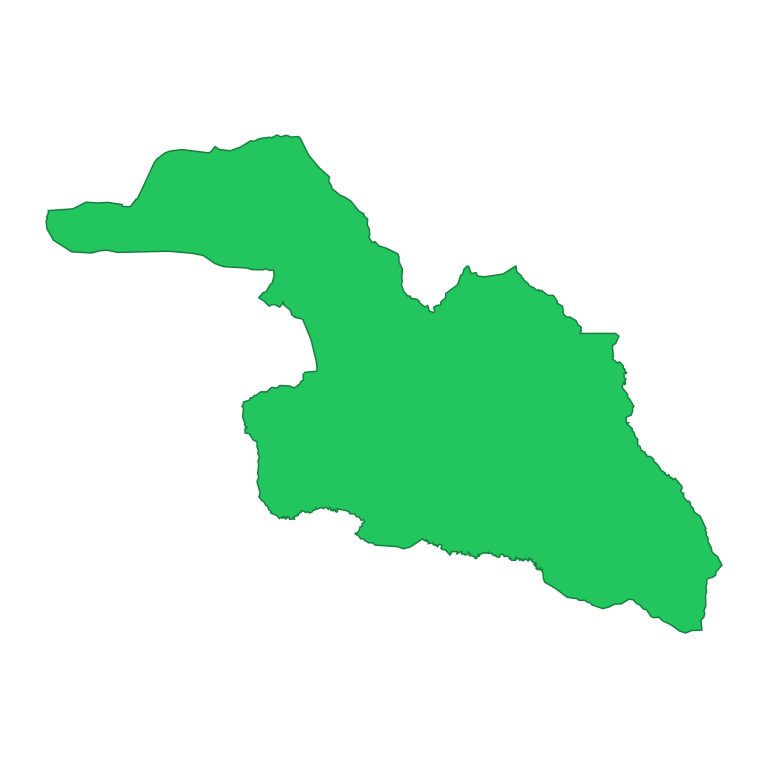 Kishapu, Shinyanga, United Republic of Tanzania (Mercator projection)
{"feature_id": "72390352B32869277898143", "entity_name": "Kishapu", "entity_type": "district", "adm_level": 2, "iso_a3": "TZA", "parent_name": "United Republic of Tanzania", "parent_adm1": "Shinyanga", "projection": "mercator", "projection_center": [33.788, -3.68], "detail": "fine", "context": "isolated", "style": "filled", "palette": "green", "viewbox_px": 768, "rotation_deg": 0, "n_neighbors": 0, "source": "geoboundaries", "source_scale": "gbopen_adm2", "svg_char_len": 6094}
<svg xmlns="http://www.w3.org/2000/svg" viewBox="0 0 768 768"><path d="M46.1,221.4L47.0,228.9L53.4,240.1L71.6,251.8L91.8,253.0L99.2,250.9L106.6,250.1L117.7,252.4L168.9,251.2L192.3,253.3L203.4,255.5L215.0,263.6L223.9,266.7L247.1,268.0L251.6,269.6L263.1,269.8L265.7,268.9L270.5,270.5L273.4,269.8L274.3,275.4L272.2,282.9L270.3,284.4L266.3,291.7L263.1,292.7L258.7,297.8L263.9,300.9L269.2,306.2L270.7,305.0L274.4,304.4L279.8,307.1L283.4,302.0L283.6,304.6L290.5,310.3L291.8,314.8L295.0,317.3L302.7,319.2L311.1,339.7L316.4,361.9L317.2,369.7L316.1,371.4L305.2,372.2L303.2,374.3L303.3,380.2L300.5,381.7L300.2,383.4L295.8,387.0L294.0,387.9L289.8,386.0L279.9,385.5L276.7,388.2L271.8,387.3L266.6,391.9L260.7,391.9L256.1,395.3L254.2,395.5L252.6,397.7L250.3,398.0L249.4,400.1L243.4,402.1L243.0,405.7L242.0,406.1L243.5,408.6L242.6,417.0L244.8,422.8L244.5,425.0L247.2,427.7L245.1,428.1L245.0,432.9L249.2,433.7L253.1,439.8L257.1,441.9L257.0,446.6L258.4,450.8L257.7,453.2L259.4,457.3L258.0,461.0L258.6,465.6L257.6,474.1L258.9,476.5L257.0,481.5L260.2,493.2L258.9,496.7L261.8,500.6L264.2,502.2L265.8,505.4L267.7,506.4L268.9,509.8L270.8,511.2L271.0,513.2L276.7,515.3L279.3,518.6L283.3,516.6L282.8,518.0L285.3,517.1L285.1,518.5L286.0,519.0L287.3,516.8L287.6,517.6L288.9,517.2L289.5,519.2L294.6,519.0L293.5,517.0L298.3,515.3L298.2,513.8L301.1,512.3L300.8,510.9L302.6,510.8L305.9,512.5L307.6,511.7L309.0,512.9L311.7,512.4L312.7,510.5L315.8,509.6L316.1,508.2L317.4,509.1L320.3,507.5L323.6,508.5L325.8,507.0L328.4,509.3L329.7,507.5L331.0,510.4L332.7,509.3L333.0,510.8L335.1,509.9L335.4,511.5L336.8,512.1L337.6,511.4L336.8,508.8L345.9,510.5L348.7,511.5L349.9,513.7L354.6,514.0L356.7,516.9L359.2,516.9L361.2,520.3L363.9,519.8L364.5,521.8L362.2,523.4L362.1,526.3L360.0,527.0L359.2,530.5L357.0,533.4L355.8,533.0L355.2,533.9L358.8,536.1L360.5,538.7L363.6,538.8L364.6,540.4L369.0,542.9L372.4,542.7L375.1,545.1L397.8,546.7L403.3,548.8L410.6,546.8L422.6,538.8L424.3,540.5L426.4,539.8L426.1,541.2L428.3,541.3L428.3,543.7L432.9,542.7L433.1,544.4L434.9,545.4L436.2,544.6L437.3,546.7L439.6,544.1L442.0,545.6L440.9,548.4L442.8,549.7L445.4,549.8L450.0,555.1L451.9,551.6L457.5,551.7L456.8,553.8L461.7,551.4L461.7,554.0L464.2,553.9L464.5,554.9L467.4,554.5L468.8,552.0L469.9,553.7L469.2,555.4L474.9,556.6L474.5,557.9L476.4,558.6L477.8,556.1L479.0,556.1L478.0,554.7L478.5,554.1L479.6,555.0L482.8,552.8L486.7,553.3L488.6,552.2L488.7,553.4L491.8,553.2L492.3,554.8L493.6,554.5L494.3,555.8L496.0,555.4L496.4,556.5L499.1,557.4L500.9,554.4L503.0,554.1L504.3,556.6L507.3,556.0L508.8,556.7L509.7,558.3L508.9,559.2L510.9,558.4L511.4,560.3L515.3,560.4L515.2,558.4L516.3,557.4L517.1,559.3L518.0,558.3L519.7,558.7L519.1,560.5L520.6,559.1L521.4,560.3L522.7,558.8L522.4,560.2L523.7,560.7L525.4,558.5L528.0,560.9L529.0,558.2L529.9,558.2L529.6,559.9L531.9,559.6L531.6,560.8L533.2,562.5L535.8,563.0L534.3,564.3L536.1,564.6L534.7,565.5L536.4,566.7L536.0,568.3L537.2,569.5L538.7,567.9L539.1,569.7L540.6,568.4L540.2,569.6L542.5,569.7L541.5,570.7L542.9,572.1L543.5,579.0L544.8,582.2L555.5,588.5L567.3,597.3L577.1,598.7L578.9,600.2L585.2,600.3L586.0,601.5L590.6,603.1L591.6,604.7L602.7,608.6L609.1,607.0L615.0,604.0L621.2,603.9L628.8,599.3L632.9,599.6L637.0,603.8L640.3,605.3L643.3,609.0L646.5,609.8L651.0,616.4L653.3,617.7L658.7,617.1L662.6,620.8L670.6,624.6L679.7,631.1L685.6,633.0L691.7,630.5L701.9,630.1L701.0,620.1L703.8,617.1L704.7,614.1L703.9,610.7L705.8,606.1L705.5,594.5L706.6,592.5L705.9,585.9L706.8,584.3L706.8,579.6L708.3,578.2L712.2,577.5L715.8,575.1L715.8,572.2L721.9,565.2L717.5,556.5L712.9,553.1L711.5,550.5L711.5,548.2L708.0,541.3L708.0,537.5L706.1,535.5L706.6,532.5L705.0,530.7L706.0,528.8L700.2,516.3L694.6,512.4L692.5,507.4L690.9,506.5L689.9,502.1L688.3,501.0L687.2,501.4L683.6,497.1L683.6,493.2L682.3,493.3L680.6,490.9L682.1,488.4L681.9,486.5L675.2,478.4L673.2,479.6L671.6,477.6L670.3,477.8L668.7,474.7L667.2,475.8L665.3,474.4L665.1,472.9L661.2,470.4L657.7,464.8L653.6,461.0L653.7,459.3L650.3,456.4L647.2,456.4L646.4,454.6L645.2,454.3L645.0,452.0L643.2,452.0L642.6,450.6L641.0,450.4L640.2,446.7L638.1,445.5L637.5,443.5L637.8,439.2L635.7,437.5L633.8,432.2L632.2,430.7L632.2,428.5L627.2,424.1L628.6,422.9L626.1,422.3L626.3,417.0L631.1,415.2L632.6,411.3L632.5,408.2L633.9,406.5L629.4,398.7L627.7,397.7L627.6,394.5L622.4,387.7L622.2,385.9L623.7,383.3L624.6,384.5L625.6,383.9L625.3,381.8L624.3,381.6L626.0,379.0L624.2,377.8L623.9,373.4L624.9,372.9L625.6,373.8L626.7,372.7L625.4,372.1L624.7,369.0L623.4,368.3L623.3,366.1L620.5,362.6L619.1,362.0L617.7,363.1L612.5,359.0L613.4,356.8L612.3,345.7L615.8,343.3L618.9,336.2L615.5,333.5L613.5,333.4L580.0,333.4L581.2,331.0L580.9,326.7L578.3,325.2L576.0,320.6L569.8,317.0L567.3,317.4L564.6,315.3L563.4,313.7L562.6,306.2L557.4,303.4L556.9,300.6L553.3,295.4L547.6,295.3L541.7,290.4L539.3,291.2L539.0,289.9L536.4,290.1L533.7,287.7L528.9,285.5L528.2,283.6L523.6,279.9L523.5,278.5L522.5,278.4L520.9,275.2L517.0,272.2L515.8,266.0L503.2,274.0L485.0,276.8L477.6,276.1L476.0,272.6L471.2,273.6L468.8,266.6L467.3,266.0L463.9,269.3L462.9,274.1L460.7,275.2L457.7,284.7L445.8,293.5L445.5,298.2L441.0,301.7L440.4,305.1L436.6,305.5L433.6,307.4L434.8,310.9L434.1,312.6L429.4,311.2L427.7,305.6L424.7,307.0L419.5,302.6L418.9,300.8L416.0,299.0L411.8,298.7L409.7,295.9L407.9,296.2L403.7,291.4L401.4,284.8L402.4,280.6L401.7,278.7L402.5,269.4L398.9,261.6L399.0,257.0L397.7,253.7L386.2,248.2L378.7,245.9L375.2,241.8L371.9,242.4L368.9,237.2L369.7,235.1L369.3,229.3L367.3,225.0L367.6,219.0L364.3,216.2L363.8,213.8L358.7,211.0L351.1,201.3L344.9,197.2L340.2,195.3L331.6,188.2L331.6,186.2L328.5,180.7L329.6,177.1L319.4,168.0L308.5,154.9L300.2,138.0L298.4,136.5L291.5,137.1L286.4,135.3L280.7,136.8L277.0,135.0L271.6,137.8L270.1,137.2L259.7,138.6L253.8,141.4L250.7,140.8L240.2,147.2L230.4,150.8L219.6,149.6L215.0,146.6L211.1,151.6L208.8,152.9L181.8,149.6L169.7,151.2L164.9,153.0L157.0,159.0L154.2,162.8L137.7,198.4L136.0,199.3L130.4,206.6L123.7,206.6L122.3,206.2L122.2,204.6L107.7,202.4L98.0,203.0L86.0,202.2L72.8,208.9L48.2,210.6L48.6,212.1L46.6,217.4L47.6,217.6L46.1,221.4Z" fill="#22c55e" stroke="#15803d" stroke-width="1.5"/></svg>